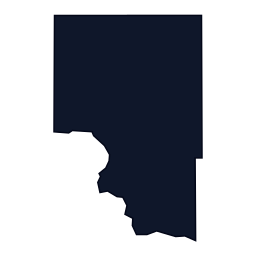 outline of Gooding, Idaho, United States of America
{"feature_id": "52423323B5287094029931", "entity_name": "Gooding", "entity_type": "district", "adm_level": 2, "iso_a3": "USA", "parent_name": "United States of America", "parent_adm1": "Idaho", "projection": "albers", "projection_center": [-114.845, 42.924], "detail": "fine", "context": "isolated", "style": "filled", "palette": "ink", "viewbox_px": 256, "rotation_deg": 0, "n_neighbors": 0, "source": "geoboundaries", "source_scale": "gbopen_adm2", "svg_char_len": 493}
<svg xmlns="http://www.w3.org/2000/svg" viewBox="0 0 256 256"><path d="M201.5,15.4L54.5,15.5L54.0,131.8L68.7,132.9L72.3,130.5L92.0,131.7L93.7,135.7L104.5,145.6L109.6,154.6L109.1,161.0L105.8,168.1L99.1,173.5L100.6,176.5L97.8,182.4L100.0,192.5L107.6,191.0L117.0,196.6L122.8,197.2L127.0,205.5L125.0,214.3L132.8,218.3L132.4,225.6L136.5,234.5L147.0,234.5L156.6,230.9L175.7,236.5L184.9,235.9L195.6,240.6L195.1,157.9L202.0,157.9L201.5,15.4Z" fill="#0f172a" stroke="#020617" stroke-width="1.5"/></svg>